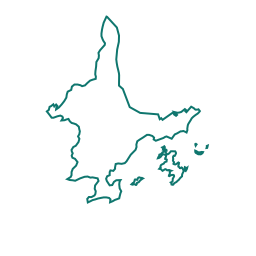 outline of Kota Kinabalu, Sabah, Malaysia, rotated 211°
{"feature_id": "92858781B89121228142422", "entity_name": "Kota Kinabalu", "entity_type": "district", "adm_level": 2, "iso_a3": "MYS", "parent_name": "Malaysia", "parent_adm1": "Sabah", "projection": "natural_earth1", "projection_center": [116.103, 6.0], "detail": "fine", "context": "isolated", "style": "outline", "palette": "teal", "viewbox_px": 256, "rotation_deg": 211, "n_neighbors": 0, "source": "geoboundaries", "source_scale": "gbopen_adm2", "svg_char_len": 4934}
<svg xmlns="http://www.w3.org/2000/svg" viewBox="0 0 256 256"><g transform="rotate(211 128 128)"><path d="M89.0,173.5L90.6,169.2L91.7,168.0L93.3,166.6L96.4,165.6L92.7,164.5L93.1,163.2L95.4,163.3L97.4,164.5L102.6,152.8L104.6,153.5L105.3,151.9L109.2,155.2L125.4,147.2L137.3,146.8L152.5,158.8L157.5,159.7L158.9,162.0L161.1,165.8L162.8,168.7L164.0,170.3L166.3,172.7L168.8,175.2L171.3,178.1L173.4,180.8L177.7,189.7L180.2,197.1L183.3,202.6L189.3,208.4L203.2,212.5L203.8,212.4L203.1,205.8L201.9,201.7L200.9,198.8L199.4,195.3L198.0,193.0L195.5,191.0L193.8,189.9L191.4,188.8L190.7,187.2L191.2,184.6L192.0,180.3L192.0,177.2L190.3,175.2L189.1,172.7L189.1,168.3L187.0,164.3L185.2,160.0L183.7,157.1L182.0,155.5L181.0,153.5L183.1,151.3L184.9,149.1L186.0,145.7L186.8,142.4L188.9,140.2L190.7,140.2L193.6,139.3L196.3,137.7L197.4,134.6L196.3,131.4L198.4,128.1L197.8,125.4L196.5,122.3L196.5,118.1L197.0,114.0L197.8,110.0L199.2,106.9L199.8,108.2L199.9,110.5L201.7,111.1L202.3,108.5L204.2,109.8L205.2,107.1L206.1,105.8L205.2,102.7L206.1,100.4L202.1,98.9L198.8,97.5L197.2,98.4L195.9,100.0L194.7,101.5L192.4,103.8L190.1,104.0L188.9,103.1L188.9,100.2L186.4,102.0L185.2,103.6L183.7,105.1L181.4,103.8L179.0,103.3L176.5,104.0L174.4,104.4L170.9,103.8L168.8,101.5L167.6,100.4L166.5,97.5L166.5,95.1L164.1,93.7L163.2,90.4L163.6,85.9L165.1,83.5L165.1,80.1L163.9,78.8L162.4,77.9L162.0,75.2L160.3,73.9L157.6,74.3L153.7,72.8L153.1,69.0L154.3,64.5L153.7,61.2L152.1,58.5L151.9,56.5L153.7,52.9L151.2,53.4L148.5,54.7L146.1,55.6L143.0,60.3L141.5,62.1L140.1,63.8L137.6,65.6L134.7,66.1L133.0,67.4L128.1,69.2L126.0,67.4L126.6,61.8L125.2,58.7L123.1,57.2L122.0,54.7L122.0,52.9L123.7,50.0L126.0,48.7L126.4,46.2L124.1,43.5L122.3,46.2L121.2,48.0L119.4,49.8L117.3,52.2L114.8,54.5L113.1,56.0L110.7,57.4L108.2,58.3L106.3,57.8L105.1,55.1L103.4,57.4L102.2,59.6L100.7,61.4L99.3,63.2L100.1,65.6L100.9,68.3L101.2,70.3L104.0,71.9L106.5,75.2L107.6,77.7L107.6,79.5L111.1,77.2L112.3,74.6L112.1,71.0L114.2,69.4L118.9,71.7L120.6,73.2L121.0,75.9L119.4,78.1L121.0,80.8L121.2,82.6L118.5,83.7L118.1,86.4L118.7,87.3L120.0,90.8L118.1,92.6L115.0,94.0L112.7,96.2L112.1,98.6L111.9,106.5L110.3,113.2L110.9,116.1L112.3,118.1L113.2,121.4L112.1,123.9L110.3,127.4L108.2,131.9L106.3,133.0L103.0,133.7L100.7,133.2L100.1,131.4L97.6,131.4L94.7,135.0L92.5,137.7L91.6,139.5L90.6,140.6L89.1,140.8L85.0,141.3L84.8,144.4L84.6,146.6L83.2,148.6L81.2,152.2L80.0,153.0L79.1,153.9L77.4,154.2L75.5,154.3L76.0,156.8L76.8,157.9L77.6,159.8L78.2,161.3L78.4,162.8L78.3,167.6L78.4,169.0L77.9,171.0L77.2,172.9L76.5,174.6L75.7,176.2L75.2,178.2L75.1,179.5L77.2,180.3L77.4,180.0L79.3,178.6L80.3,178.5L81.8,178.9L84.8,178.8L86.1,171.6L87.4,171.9L87.1,173.2L89.0,173.5ZM63.6,110.3L63.5,108.7L63.5,107.6L62.8,106.2L62.3,105.1L62.8,104.0L63.3,103.3L62.7,103.1L62.1,102.9L61.6,102.0L60.7,102.2L60.0,102.8L60.0,104.1L59.5,105.3L58.7,106.6L58.3,108.2L57.7,110.0L57.6,111.6L57.2,113.1L56.8,114.4L57.5,115.7L57.8,116.7L57.9,118.0L58.0,119.3L58.3,120.0L59.6,120.9L60.6,121.7L61.7,121.8L62.1,120.7L63.0,120.3L63.8,120.9L64.8,120.8L65.3,121.2L65.7,122.8L66.3,124.4L67.1,124.4L67.6,123.0L68.2,121.8L68.7,121.1L69.8,120.7L70.6,120.7L70.9,122.4L72.1,122.8L72.9,123.5L73.2,124.7L73.5,124.9L74.5,126.3L74.6,127.7L73.6,128.1L73.6,129.5L73.8,131.0L74.4,131.7L75.5,132.3L77.1,131.4L79.2,130.2L79.7,127.3L80.5,125.8L81.3,125.5L82.1,126.1L83.2,126.4L84.0,127.0L83.2,128.4L83.9,129.1L84.9,128.8L85.9,129.0L86.6,130.6L87.5,131.0L88.1,129.7L88.7,128.9L87.5,128.6L87.2,128.3L86.9,127.5L86.2,128.1L85.5,127.5L85.2,126.0L85.9,124.9L86.0,123.8L86.4,122.5L87.4,121.3L86.8,119.6L87.0,118.6L86.8,117.5L86.0,118.3L85.5,119.2L85.1,120.3L85.0,121.7L84.7,123.0L84.0,123.8L81.8,124.2L81.3,124.1L80.6,122.8L80.6,121.3L80.2,120.6L79.3,120.9L78.5,120.9L77.7,119.1L78.4,118.3L79.0,117.4L79.0,115.9L79.5,115.2L80.1,114.3L80.6,113.2L80.5,111.9L79.7,111.1L80.0,110.2L80.2,109.1L79.3,109.4L78.2,109.7L77.1,109.2L76.3,109.1L75.7,110.3L75.2,111.5L74.5,112.1L72.6,111.9L72.0,112.5L71.1,113.2L69.9,113.4L69.0,113.6L69.5,112.9L70.2,112.4L69.6,111.7L69.0,111.3L68.6,110.0L68.6,108.9L68.3,108.0L67.8,108.0L66.7,109.8L66.0,110.5L65.1,111.1L64.2,111.1L63.6,110.3ZM95.6,83.2L96.0,81.5L95.0,81.7L94.3,82.4L93.5,83.1L92.7,83.4L92.0,83.2L91.6,83.5L91.6,84.4L92.1,85.4L91.6,86.3L91.0,86.8L90.7,88.0L90.6,89.2L90.1,90.5L89.7,91.4L89.7,91.6L89.2,92.5L90.5,92.4L91.1,91.8L92.7,91.6L93.5,90.9L93.7,89.7L93.3,88.4L94.2,88.0L95.4,87.6L95.5,86.7L95.0,85.6L95.0,84.2L95.6,83.2ZM57.1,141.6L56.0,141.7L55.3,141.6L54.2,141.7L52.1,142.9L51.6,143.8L51.2,144.9L51.3,146.0L52.6,145.4L53.7,144.3L55.0,143.5L55.9,143.3L57.4,143.4L58.7,143.2L58.0,142.1L57.1,141.6ZM58.3,122.4L57.9,121.3L57.4,120.8L56.4,120.8L56.4,121.4L56.4,122.4L56.5,123.5L56.8,124.4L57.1,123.6L58.2,123.8L59.0,123.7L58.3,122.4ZM51.2,153.2L50.7,152.4L50.4,151.3L49.9,151.7L50.3,153.1L50.6,154.0L51.2,153.2ZM62.0,148.9L61.4,148.1L60.9,147.7L60.9,148.5L60.8,149.3L61.7,149.4L62.0,148.9Z" fill="none" stroke="#0f766e" stroke-width="2"/></g></svg>